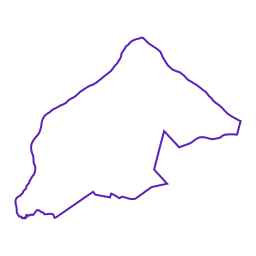 Au Tabor, Anse-la-Raye, Saint Lucia (Robinson projection)
{"feature_id": "8701671B26894832040288", "entity_name": "Au Tabor", "entity_type": "district", "adm_level": 2, "iso_a3": "LCA", "parent_name": "Saint Lucia", "parent_adm1": "Anse-la-Raye", "projection": "robinson", "projection_center": [-61.042, 13.946], "detail": "fine", "context": "isolated", "style": "outline", "palette": "violet", "viewbox_px": 256, "rotation_deg": 0, "n_neighbors": 0, "source": "geoboundaries", "source_scale": "gbopen_adm2", "svg_char_len": 3444}
<svg xmlns="http://www.w3.org/2000/svg" viewBox="0 0 256 256"><path d="M167.1,183.7L154.1,169.5L160.9,143.2L164.1,131.1L179.2,147.3L190.4,143.2L192.8,141.5L196.4,138.8L198.2,138.1L199.1,137.6L200.0,137.2L200.7,137.2L202.1,137.3L203.2,137.2L203.7,137.2L206.1,137.7L206.8,137.8L207.7,138.1L209.7,138.7L211.9,139.1L212.5,139.1L213.1,139.2L216.1,138.5L217.4,138.3L217.9,138.3L218.4,138.1L219.7,137.7L220.8,137.4L221.7,136.3L222.8,135.7L223.5,135.3L223.9,135.1L224.8,134.7L226.5,134.7L228.4,134.3L232.2,134.3L234.3,134.4L236.3,134.6L237.0,134.6L237.5,132.8L240.6,121.2L240.2,121.1L236.3,118.9L233.4,117.4L230.4,115.5L227.9,113.9L225.3,111.4L223.9,109.9L222.3,108.1L219.0,105.1L215.6,102.8L213.1,100.5L212.0,98.9L209.5,96.5L209.2,96.3L208.0,94.7L205.5,91.7L202.7,89.8L200.6,88.0L196.8,85.1L193.4,83.1L191.0,81.5L188.3,80.1L187.7,79.6L184.4,75.9L180.0,72.4L176.0,71.1L172.2,69.4L168.0,65.5L165.5,61.7L163.1,57.8L161.3,53.8L160.9,53.0L160.3,51.7L157.2,49.0L153.3,46.5L152.8,46.1L148.5,43.3L146.3,41.2L145.0,39.7L143.3,38.1L141.2,37.6L139.5,38.4L136.3,39.2L135.9,39.3L134.6,39.8L134.4,39.9L133.1,40.4L131.5,41.3L129.8,42.9L128.2,44.8L126.5,45.9L125.7,46.7L125.3,47.6L124.1,49.7L123.7,50.4L122.4,52.0L121.5,53.6L120.9,57.1L119.9,59.0L118.5,61.3L117.0,63.5L114.5,66.2L112.6,68.8L111.2,70.8L106.8,74.3L103.4,76.9L101.0,79.0L98.6,80.8L96.3,82.6L96.0,82.9L94.0,84.0L92.7,84.9L91.2,85.1L88.9,86.3L87.7,86.8L86.2,87.9L85.6,88.2L84.0,89.2L82.7,90.3L81.0,91.1L78.6,93.3L76.1,95.6L73.9,97.2L72.1,98.2L70.9,98.7L68.8,100.0L67.2,101.6L66.0,102.8L62.6,104.7L60.3,105.5L59.4,106.2L59.1,106.3L58.9,106.4L56.0,108.0L53.1,109.4L51.3,110.6L50.8,111.4L48.4,113.0L46.7,114.0L44.8,115.7L44.2,116.3L43.4,117.9L42.7,119.2L42.1,120.8L41.8,122.1L41.7,122.7L41.5,124.5L40.9,127.7L39.9,131.0L39.0,133.3L37.2,135.6L34.9,138.2L33.5,140.2L32.4,142.1L31.5,144.3L31.2,145.7L31.1,146.7L31.2,148.7L31.6,151.4L31.6,151.6L32.7,154.8L33.2,156.1L33.4,157.6L33.5,159.9L33.6,161.6L33.8,162.9L34.1,164.0L34.7,165.2L35.2,166.4L35.3,168.6L35.1,170.9L34.6,172.6L34.0,174.4L32.9,175.6L32.0,176.9L30.8,178.9L30.6,179.6L29.7,180.7L29.4,181.6L29.1,182.7L29.0,183.3L27.7,184.4L26.7,185.8L26.4,186.8L26.4,187.4L26.2,188.0L25.7,189.0L25.0,189.4L24.2,190.3L23.6,191.0L23.0,192.3L22.7,193.0L21.9,193.8L21.4,194.5L20.1,195.6L19.0,196.2L17.9,196.9L17.4,197.3L16.5,198.1L15.8,199.6L15.4,201.3L15.8,204.3L16.4,206.8L16.7,208.9L16.7,211.5L16.9,212.7L17.5,213.8L18.4,215.2L19.1,216.5L19.8,216.5L20.6,216.6L20.9,216.5L21.2,216.6L21.5,216.8L21.6,217.1L21.6,217.6L21.7,217.9L22.4,218.3L23.4,217.9L23.7,217.9L24.3,218.2L24.7,218.4L25.1,218.3L25.2,218.1L25.1,217.5L25.3,217.2L25.7,217.3L26.1,217.6L26.5,217.2L26.8,216.5L26.6,216.1L26.3,215.7L26.2,215.3L26.5,214.9L26.9,214.9L27.4,215.1L27.9,215.3L28.2,215.4L28.5,215.6L29.1,215.7L29.3,215.4L30.0,215.0L30.4,214.8L30.7,214.6L31.3,214.7L31.5,214.8L32.0,215.0L32.6,214.8L33.3,214.8L34.0,213.9L34.2,213.7L35.3,212.1L35.6,211.7L36.3,210.8L36.6,210.6L37.1,210.1L38.1,210.2L38.8,210.3L39.9,211.1L40.3,211.4L40.8,211.7L41.8,212.3L43.4,212.6L43.9,213.4L43.9,213.8L44.3,214.2L45.3,214.3L45.6,214.3L48.4,213.9L49.0,213.9L51.3,213.9L52.6,214.2L53.4,214.8L53.8,215.9L54.1,216.7L54.2,217.1L54.5,217.8L56.4,217.1L93.0,191.8L95.5,194.7L110.0,197.4L110.8,194.8L111.1,193.6L111.5,193.6L114.3,195.1L117.9,197.2L119.1,198.2L119.4,198.2L119.9,197.9L122.2,196.7L130.9,199.1L135.3,198.8L140.3,195.2L140.6,195.0L151.5,187.1L167.1,183.7Z" fill="none" stroke="#5b21b6" stroke-width="2"/></svg>